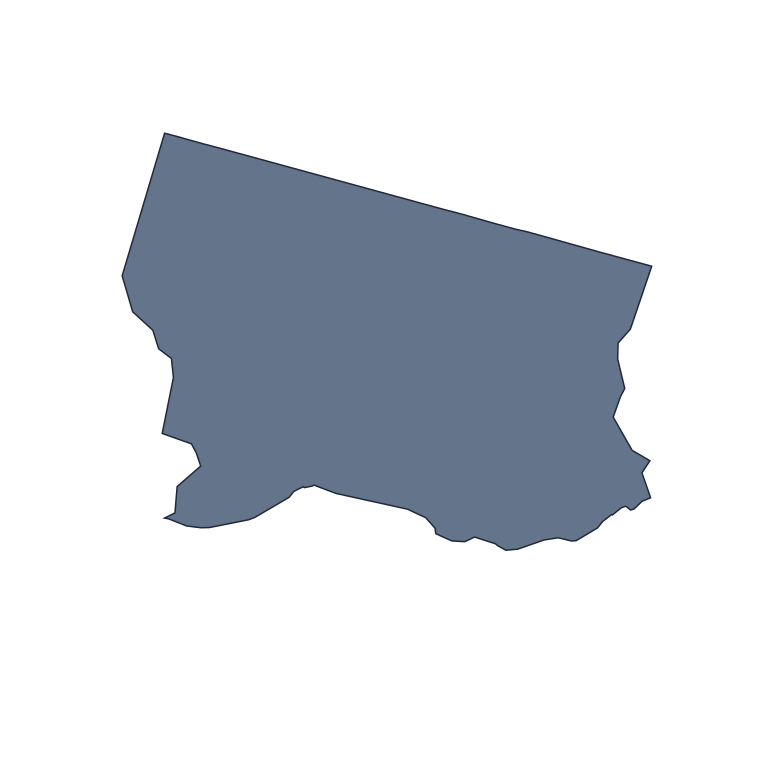 Kent, Delaware, United States of America, rotated 109°
{"feature_id": "52423323B47097694246075", "entity_name": "Kent", "entity_type": "district", "adm_level": 2, "iso_a3": "USA", "parent_name": "United States of America", "parent_adm1": "Delaware", "projection": "robinson", "projection_center": [-75.51, 39.098], "detail": "fine", "context": "isolated", "style": "filled", "palette": "slate", "viewbox_px": 768, "rotation_deg": 109, "n_neighbors": 0, "source": "geoboundaries", "source_scale": "gbopen_adm2", "svg_char_len": 1225}
<svg xmlns="http://www.w3.org/2000/svg" viewBox="0 0 768 768"><g transform="rotate(109 384 384)"><path d="M185.5,169.2L189.1,223.8L193.4,297.4L194.9,311.4L196.4,334.6L196.4,334.9L197.7,359.4L198.0,365.2L199.7,387.1L201.1,409.0L213.6,602.2L215.5,630.4L215.7,631.6L217.0,653.6L217.0,654.8L218.0,669.4L218.3,672.8L218.3,673.1L366.9,666.8L397.6,645.1L408.4,620.1L424.1,608.5L429.1,593.3L446.5,585.2L503.0,577.6L503.3,546.6L510.3,539.0L521.3,530.6L548.3,546.2L573.9,539.7L582.2,547.8L581.7,544.2L581.7,542.3L582.5,524.4L579.5,510.2L576.5,502.2L556.5,467.9L552.2,462.7L522.0,436.8L514.9,434.3L507.5,427.0L507.9,425.6L503.9,418.6L503.3,418.1L502.4,417.3L503.1,393.7L494.7,320.9L495.1,317.5L496.8,301.1L504.0,288.3L505.4,288.1L508.7,286.2L510.3,268.8L506.8,256.3L499.9,249.2L499.2,248.2L498.8,226.6L499.8,224.2L501.5,214.7L496.7,203.9L479.4,181.9L472.8,169.4L472.6,168.4L471.4,155.7L469.6,151.3L450.6,135.3L442.8,132.5L433.4,126.3L433.5,125.4L424.2,119.6L423.0,118.4L421.7,116.7L420.8,115.5L422.9,109.8L420.8,106.9L411.0,101.9L405.2,95.4L404.7,94.9L384.0,111.2L370.0,107.6L366.0,127.7L340.7,156.5L319.0,156.3L309.9,154.9L284.3,171.2L269.1,176.0L251.9,168.9L185.5,169.2Z" fill="#64748b" stroke="#1e293b" stroke-width="1.5"/></g></svg>